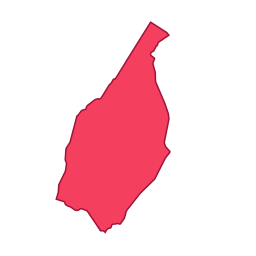 map outline of Tahoua (Robinson projection), rotated 32°
{"feature_id": "NER-95", "entity_name": "Tahoua", "entity_type": "Department", "adm_level": 1, "iso_a3": "NER", "parent_name": "Niger", "parent_adm1": "", "projection": "robinson", "projection_center": [5.147, 16.143], "detail": "fine", "context": "isolated", "style": "filled", "palette": "rose", "viewbox_px": 256, "rotation_deg": 32, "n_neighbors": 0, "source": "natural_earth", "source_scale": "10m", "svg_char_len": 2193}
<svg xmlns="http://www.w3.org/2000/svg" viewBox="0 0 256 256"><g transform="rotate(32 128 128)"><path d="M158.9,229.7L158.7,229.6L158.5,229.4L158.1,229.2L148.1,224.7L138.0,220.3L136.8,220.0L131.6,221.0L130.6,221.6L130.2,222.2L129.6,223.7L129.1,224.3L128.0,225.2L127.6,225.4L126.4,225.7L121.3,225.4L117.7,226.1L115.6,226.0L114.8,225.6L114.0,224.7L113.2,224.3L112.0,224.5L104.9,226.4L102.9,219.3L99.5,213.1L99.4,212.6L97.9,198.9L97.6,197.3L94.9,191.1L94.1,190.1L91.7,188.4L86.7,179.1L86.4,178.3L86.3,176.5L86.4,170.8L78.6,145.7L78.3,145.2L78.7,144.0L79.0,142.4L79.3,138.4L79.6,137.7L80.1,136.8L82.2,134.5L82.2,134.4L82.2,134.2L82.2,133.9L81.7,132.6L81.6,131.4L81.7,130.3L84.9,121.7L85.5,120.8L86.1,120.0L87.0,119.2L88.5,118.4L89.0,117.9L89.3,116.9L89.3,112.4L89.3,108.9L89.3,103.5L89.3,100.9L89.4,100.5L89.8,99.7L90.0,99.3L89.8,95.3L89.8,94.6L90.0,93.9L90.3,93.7L90.7,93.7L91.2,93.3L91.2,89.1L91.2,86.5L91.2,81.5L91.2,76.4L91.1,71.4L91.1,66.4L91.1,61.4L91.1,56.3L91.1,53.5L91.1,51.3L91.1,46.3L91.1,41.2L91.1,36.2L91.1,31.2L91.1,26.3L91.6,26.3L110.1,26.5L113.5,27.6L108.8,38.2L108.5,39.2L108.5,39.4L108.5,39.7L108.5,40.2L108.7,41.1L108.9,41.7L109.0,42.2L109.0,42.4L109.0,42.7L108.9,42.9L108.6,43.7L108.6,44.0L109.0,48.8L108.9,49.3L107.8,51.2L107.6,51.6L107.6,52.1L107.7,52.4L107.8,52.8L107.9,53.2L108.3,53.9L108.9,54.2L109.5,54.4L113.2,54.7L113.7,54.9L113.9,55.5L114.7,59.6L115.0,60.1L115.4,60.7L121.6,66.3L126.3,73.4L127.1,74.2L127.8,74.8L146.7,88.0L154.7,94.6L157.8,98.5L158.0,98.8L165.8,119.4L165.9,119.8L166.5,121.0L166.7,121.3L166.9,121.6L169.3,123.6L169.8,123.9L170.1,124.0L175.6,125.6L176.2,126.0L176.3,126.6L176.3,127.2L175.6,133.8L177.7,157.1L172.8,177.6L172.7,178.4L172.7,179.1L170.6,198.3L170.7,199.5L170.9,200.6L172.0,203.5L172.1,204.0L172.3,204.9L172.5,206.0L172.7,206.4L172.7,208.4L172.4,212.7L172.3,213.5L172.1,213.6L171.6,213.9L171.3,214.1L170.1,214.4L169.9,214.4L169.8,214.5L169.6,214.6L169.2,215.1L168.8,215.5L166.6,217.3L166.0,217.8L165.7,218.3L165.7,218.9L166.2,221.0L166.2,221.7L165.8,222.4L164.6,223.7L164.2,224.3L164.0,225.0L163.9,225.7L163.9,228.0L164.0,228.6L162.0,228.2L161.4,228.3L159.3,229.6L158.9,229.7Z" fill="#f43f5e" stroke="#9f1239" stroke-width="1.5"/></g></svg>